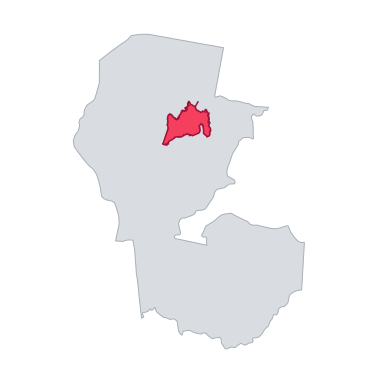 Mufumbwe, North-Western, Zambia shown in context, rotated 101°
{"feature_id": "96606910B54849868159577", "entity_name": "Mufumbwe", "entity_type": "district", "adm_level": 2, "iso_a3": "ZMB", "parent_name": "Zambia", "parent_adm1": "North-Western", "projection": "orthographic", "projection_center": [25.2, -13.766], "detail": "fine", "context": "in_parent", "style": "filled", "palette": "rose", "viewbox_px": 384, "rotation_deg": 101, "n_neighbors": 0, "source": "geoboundaries", "source_scale": "gbopen_adm2", "svg_char_len": 9195}
<svg xmlns="http://www.w3.org/2000/svg" viewBox="0 0 384 384"><g transform="rotate(101 192 192)"><path d="M254.5,257.7L238.0,257.4L232.0,258.6L227.0,260.6L221.1,263.7L217.6,265.9L216.7,267.1L216.1,269.9L216.1,274.1L215.4,277.1L213.6,279.9L204.6,283.1L198.7,285.8L193.0,289.0L188.6,293.2L185.6,298.4L180.6,304.8L170.2,316.2L164.3,318.3L159.3,317.8L153.3,315.3L148.6,314.9L145.0,316.3L141.8,315.9L138.8,313.4L136.3,312.6L134.2,313.2L131.7,313.1L126.9,311.8L122.8,307.7L120.6,306.0L118.9,305.3L114.0,304.7L102.7,303.8L91.0,305.9L80.7,308.0L70.1,298.9L59.9,289.4L57.7,286.9L53.9,283.7L51.1,282.2L50.0,281.4L47.1,272.8L45.5,264.9L44.4,188.6L91.3,188.1L94.3,187.8L94.4,187.0L92.3,182.9L92.4,181.5L92.9,178.7L95.0,173.2L95.1,171.3L94.1,165.3L94.2,162.0L94.7,155.2L94.4,152.9L95.5,149.8L95.8,147.8L96.3,146.9L95.7,144.6L94.7,136.5L94.2,133.2L97.0,133.6L97.9,135.3L98.5,137.1L99.8,137.2L103.1,138.3L104.3,139.8L105.1,143.0L104.6,144.7L103.6,146.0L104.6,147.2L106.9,148.0L108.2,147.7L112.0,145.5L115.5,144.7L117.3,144.1L125.1,142.7L126.6,141.9L127.7,141.9L128.5,142.5L127.8,144.8L127.6,146.8L128.5,150.7L129.2,152.5L130.9,153.8L132.0,154.4L133.4,155.8L136.1,155.6L142.0,157.6L143.8,158.5L146.3,159.4L148.1,159.7L154.3,160.5L160.7,161.6L164.1,161.7L166.5,161.4L168.2,160.9L169.2,160.3L169.7,159.7L172.2,152.5L173.4,151.9L175.0,151.5L176.0,152.2L177.0,156.8L181.6,161.0L183.2,164.5L184.4,167.5L185.4,168.4L187.1,169.4L190.0,169.8L192.5,169.9L205.1,175.2L206.4,176.1L208.0,178.9L208.8,181.9L209.8,184.4L211.4,184.9L212.9,185.1L214.3,186.7L215.4,188.2L219.0,194.3L219.5,196.7L221.3,198.3L223.7,199.0L225.9,199.1L227.3,198.5L230.5,197.3L233.0,195.9L234.8,195.4L235.9,195.8L236.7,196.8L237.2,199.8L239.0,200.8L240.3,200.4L240.8,199.3L240.9,198.7L241.4,167.3L240.2,167.5L238.8,168.4L235.4,168.4L234.1,169.1L233.7,170.1L233.9,171.4L234.0,173.1L233.5,174.0L232.0,174.3L229.9,173.5L226.1,172.6L222.9,172.0L220.7,169.6L217.6,166.0L215.6,164.2L210.7,160.4L209.9,159.7L208.4,157.9L207.2,155.0L206.0,151.5L205.4,149.4L206.6,146.1L209.6,135.2L210.3,131.9L212.7,128.5L212.9,125.4L212.0,121.4L212.3,119.3L212.7,106.9L212.1,102.9L210.5,98.6L207.0,92.5L207.0,91.2L212.6,87.3L214.2,85.8L217.1,82.7L219.1,80.0L220.3,77.9L220.8,75.0L219.9,72.3L221.8,71.8L267.2,65.7L267.8,67.6L269.1,70.7L270.7,73.0L272.6,75.0L274.2,76.3L275.3,76.7L282.3,76.7L284.7,78.0L286.9,79.6L287.4,82.0L288.8,83.5L290.3,84.7L291.0,84.9L292.1,84.6L294.0,84.6L295.7,85.2L296.5,85.7L296.6,87.7L297.1,88.6L299.4,89.0L301.8,89.3L304.1,90.7L306.6,91.0L309.5,91.6L310.8,93.1L313.8,94.7L317.5,96.1L321.6,98.5L321.7,99.2L322.4,100.5L323.1,101.4L323.1,102.8L323.4,104.1L324.5,104.4L325.3,104.5L326.2,103.6L327.3,103.7L328.5,104.3L328.8,105.8L329.7,107.8L331.2,109.2L332.2,110.5L331.8,112.9L331.1,115.0L333.1,117.2L335.8,119.4L336.5,120.3L336.6,123.3L337.0,124.4L338.7,126.9L339.6,128.6L339.5,129.6L334.5,134.4L331.4,135.0L330.1,136.0L329.3,137.0L331.1,142.1L332.1,144.0L331.2,146.3L329.1,150.2L328.2,150.5L328.0,153.6L328.5,154.7L329.5,155.6L329.8,157.7L329.6,162.7L328.2,168.5L330.2,173.6L331.0,174.2L334.0,174.3L334.5,174.8L333.7,176.2L331.5,178.4L327.6,179.9L322.0,181.7L320.8,183.5L320.0,186.1L320.6,187.7L321.3,188.6L321.0,190.9L320.4,193.3L320.5,195.3L320.2,197.0L319.5,197.8L318.4,200.3L317.1,202.9L316.2,204.0L314.7,205.2L312.5,206.2L312.5,206.7L315.0,208.0L315.6,208.8L315.8,209.4L314.7,210.7L315.9,211.5L317.2,212.2L318.5,214.0L319.9,217.2L320.2,217.6L320.6,217.6L321.4,217.3L323.0,216.0L324.1,215.6L325.4,217.5L302.0,224.8L296.6,226.3L288.4,228.9L285.7,229.9L283.6,230.8L261.9,236.6L258.5,237.7L250.9,240.7L250.6,241.3L250.7,242.7L251.3,245.7L252.5,248.5L253.6,250.1L254.2,254.1L254.5,257.7Z" fill="#d9dde1" stroke="#a8b0b8" stroke-width="1"/><path d="M103.9,211.9L103.7,212.3L103.8,212.5L104.1,212.5L104.6,212.8L104.7,212.7L105.0,212.9L105.5,212.5L105.9,213.0L106.2,213.1L106.5,212.6L107.0,212.9L107.5,212.8L107.2,212.4L107.6,212.1L107.7,211.8L107.6,211.7L107.8,211.5L108.0,211.7L108.2,212.2L108.6,212.3L108.9,212.9L109.1,213.1L109.5,213.1L109.4,213.4L109.5,213.6L109.9,213.4L109.9,213.5L110.1,213.8L110.1,213.6L110.4,213.6L110.5,213.5L110.4,213.1L110.1,213.0L110.5,212.7L110.6,213.0L110.8,213.0L111.0,212.9L111.1,213.2L110.9,213.3L110.9,213.7L111.4,214.5L111.8,214.0L111.5,214.0L111.6,213.9L111.3,213.5L111.3,213.3L111.6,213.3L111.6,213.2L111.8,213.1L112.1,213.1L112.0,212.9L112.3,212.8L112.4,213.2L112.7,213.1L112.7,213.3L113.0,213.5L113.3,213.8L113.3,214.0L113.6,213.9L113.6,214.6L113.8,214.4L114.1,214.5L114.2,215.8L114.0,216.1L113.8,216.1L113.8,216.4L114.2,216.5L114.3,216.7L114.1,216.9L114.6,217.0L114.5,217.3L114.9,217.1L115.2,217.1L115.2,217.3L115.4,217.6L115.6,217.5L115.8,217.9L116.1,217.8L116.3,217.8L116.4,217.7L117.0,218.0L118.0,218.1L118.4,218.4L118.4,218.6L118.8,218.6L118.9,218.8L119.1,218.7L119.5,218.9L119.8,219.2L120.2,219.0L120.8,219.2L121.0,219.1L121.0,219.3L121.2,219.2L121.3,219.5L121.5,219.3L121.9,219.5L121.8,219.4L122.1,219.4L122.4,219.2L122.5,219.4L123.1,219.5L123.1,219.8L122.9,219.9L122.8,220.1L123.1,220.1L123.2,220.4L123.0,220.5L123.6,220.8L123.4,220.9L123.3,221.2L123.8,221.3L123.8,221.8L123.4,221.8L123.2,222.0L123.3,222.2L123.2,222.3L123.3,222.6L122.9,222.7L123.0,222.8L122.7,223.1L122.6,223.4L122.3,223.7L122.3,224.6L121.8,224.8L121.7,225.1L121.1,225.4L121.1,225.8L120.6,226.1L120.2,226.6L120.0,227.5L119.8,227.6L120.0,228.0L119.8,228.3L120.1,228.3L119.9,228.8L120.1,229.1L120.6,229.4L120.7,229.7L121.7,230.1L123.0,230.0L123.4,230.2L124.0,230.2L124.2,229.9L124.9,229.8L125.3,230.0L126.3,229.4L127.1,229.4L127.1,229.2L127.5,229.2L128.2,229.2L128.6,228.9L129.2,229.0L129.4,228.8L129.7,229.0L130.3,228.9L130.5,229.1L130.6,228.9L131.5,228.8L133.4,227.7L134.6,227.7L134.9,227.7L135.0,227.4L135.4,227.7L150.1,229.7L150.2,229.9L150.5,229.8L150.7,229.3L150.8,228.5L150.5,228.2L150.8,227.5L150.3,227.2L150.2,227.0L150.3,226.9L150.1,226.7L150.4,226.5L150.5,226.5L150.3,226.2L150.5,226.0L150.6,225.8L149.9,225.9L149.6,225.7L149.1,225.6L149.0,225.3L149.6,224.8L149.2,224.3L148.3,224.6L148.1,224.4L147.8,224.4L147.4,224.7L146.6,224.3L146.2,223.5L145.4,223.0L144.8,221.8L144.3,221.5L143.8,220.8L143.1,220.5L142.4,219.5L142.1,219.5L141.9,219.2L141.5,219.2L140.9,218.2L140.9,217.8L140.7,217.6L140.6,217.0L140.8,216.5L140.8,216.3L140.5,216.0L140.6,215.9L140.7,215.5L140.7,215.0L140.5,214.6L140.3,214.6L140.3,214.4L140.1,214.3L140.2,214.2L140.0,213.7L140.1,213.3L139.4,212.2L139.0,212.0L138.9,211.7L138.3,211.1L138.0,211.1L138.0,210.9L137.6,210.9L137.7,210.7L137.3,210.0L137.0,209.6L137.1,209.4L136.8,209.1L136.3,208.7L136.4,208.3L136.3,208.1L136.0,207.9L135.9,207.7L136.1,207.5L136.1,207.3L136.0,206.9L135.9,206.9L136.1,206.4L136.0,206.2L136.2,205.8L136.4,205.6L137.1,205.4L136.7,204.5L136.1,204.3L136.1,204.2L136.2,203.3L136.5,203.0L136.5,202.7L136.7,202.4L132.9,196.6L132.3,196.6L132.2,196.4L132.0,196.2L131.9,196.0L131.4,195.9L131.2,196.0L130.5,196.0L130.1,195.7L129.9,195.9L128.7,196.1L128.4,196.3L128.3,196.6L128.1,196.8L127.8,196.8L127.5,196.7L127.4,196.9L127.2,196.8L126.7,196.8L126.2,197.1L126.2,197.3L125.9,197.6L123.6,196.4L123.8,196.3L123.9,195.8L124.2,195.7L124.2,195.4L124.0,195.2L123.8,195.0L123.9,194.7L124.2,194.5L124.0,194.4L124.5,194.1L124.7,193.9L125.0,193.6L125.5,193.6L125.6,193.4L126.1,193.7L126.7,193.3L127.0,193.3L127.6,192.9L127.9,192.9L128.1,192.7L128.2,192.8L129.0,192.4L129.3,192.4L129.9,192.2L130.4,192.2L131.1,192.1L131.4,192.1L131.6,192.1L131.8,192.0L132.2,191.6L132.3,191.6L132.4,191.4L133.0,191.0L133.1,190.2L133.6,189.7L133.8,189.0L134.9,188.0L134.9,187.3L134.2,186.9L134.1,186.5L133.8,186.3L133.7,185.9L133.1,185.8L132.8,185.5L132.2,185.5L131.7,185.6L131.4,185.4L130.8,185.9L130.2,185.9L130.0,186.0L129.9,186.2L129.7,186.2L129.5,185.9L129.2,186.0L128.9,185.8L128.8,185.5L128.6,185.4L128.2,185.4L128.1,185.6L127.8,185.6L127.8,185.8L127.2,185.7L126.7,185.8L125.9,186.1L125.8,186.3L125.7,186.4L125.7,186.5L125.4,186.7L125.4,186.9L125.2,187.0L124.8,187.4L124.6,187.4L124.6,187.5L124.4,187.8L124.0,188.0L123.7,188.4L123.4,188.2L123.2,188.2L122.5,188.0L122.2,188.2L121.7,188.1L121.0,187.7L120.6,187.7L120.5,187.9L120.7,188.0L120.7,188.4L120.5,188.2L120.3,188.3L120.3,188.7L120.0,188.4L119.8,188.7L119.6,188.6L119.3,188.8L119.3,189.0L119.1,189.0L118.9,189.1L118.9,189.5L118.3,189.1L117.7,189.3L117.5,189.0L117.0,189.2L116.9,189.7L116.7,189.8L116.5,189.6L116.1,189.4L115.8,189.5L115.7,189.6L115.4,189.7L115.5,189.9L115.4,190.0L115.1,190.2L115.0,190.3L114.3,190.3L114.0,190.5L113.7,190.5L114.1,191.0L113.9,191.1L113.8,190.9L113.6,190.8L113.3,191.0L112.7,190.7L112.8,190.3L112.5,190.2L112.4,190.4L112.6,190.7L112.0,190.7L112.3,190.8L111.9,191.0L111.6,190.8L111.7,191.2L111.4,191.2L111.2,191.5L110.6,191.8L110.2,192.5L110.3,192.8L109.8,192.8L109.2,193.3L108.8,193.3L108.7,193.6L109.0,193.5L109.2,194.1L108.9,194.6L109.7,194.6L110.2,195.1L110.6,195.1L110.8,194.9L110.6,197.1L111.2,197.1L111.7,198.0L112.1,198.3L112.2,198.6L111.6,199.6L111.4,200.8L111.2,201.3L110.9,201.5L110.8,201.9L111.0,202.3L110.8,203.0L110.2,203.4L109.9,203.9L108.1,204.8L107.5,205.4L107.1,204.9L101.7,203.1L107.1,204.9L107.5,205.4L107.3,205.7L107.2,206.2L107.1,207.2L106.6,208.2L106.5,209.2L106.2,209.9L106.1,210.2L105.4,210.6L105.3,210.8L105.0,210.9L104.5,211.5L103.9,211.9Z" fill="#f43f5e" stroke="#9f1239" stroke-width="1.5"/></g></svg>